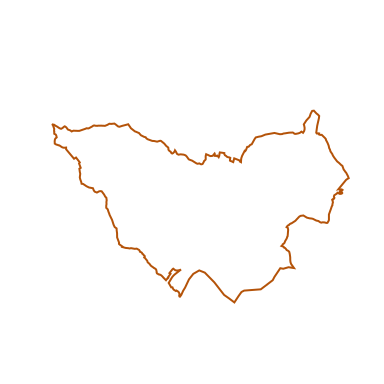 outline of Nasaud, Bistrita-Nasaud, Romania, rotated 282°
{"feature_id": "2599482B93549401170877", "entity_name": "Nasaud", "entity_type": "district", "adm_level": 2, "iso_a3": "ROU", "parent_name": "Romania", "parent_adm1": "Bistrita-Nasaud", "projection": "natural_earth1", "projection_center": [24.415, 47.298], "detail": "fine", "context": "isolated", "style": "outline", "palette": "amber", "viewbox_px": 384, "rotation_deg": 282, "n_neighbors": 0, "source": "geoboundaries", "source_scale": "gbopen_adm2", "svg_char_len": 6049}
<svg xmlns="http://www.w3.org/2000/svg" viewBox="0 0 384 384"><g transform="rotate(282 192 192)"><path d="M292.8,300.6L293.9,299.1L294.7,297.4L296.9,294.3L296.3,292.7L293.3,291.8L289.9,291.4L285.8,289.0L281.4,287.3L280.1,288.0L278.2,288.8L276.6,289.1L274.9,289.0L273.0,288.3L273.8,286.5L273.3,286.0L272.8,285.7L272.1,284.9L271.4,283.7L270.5,281.6L270.3,280.8L270.3,280.2L270.5,279.6L270.9,279.0L271.1,278.2L270.8,276.9L270.2,274.6L268.8,271.0L268.2,269.3L267.4,268.1L266.8,266.0L266.9,260.4L263.4,251.8L261.0,248.3L259.9,245.6L258.6,243.0L256.7,242.2L251.1,240.5L250.2,239.2L248.0,237.9L247.6,236.6L244.4,236.1L243.1,235.6L243.3,235.0L237.8,233.5L235.3,233.2L234.0,233.3L231.4,233.7L231.7,232.7L232.1,232.8L232.7,232.7L232.8,232.2L232.8,231.4L233.0,230.5L233.7,226.3L229.8,226.1L229.9,225.5L230.2,224.6L230.4,223.0L230.6,222.6L231.2,222.5L233.4,222.3L233.6,221.3L233.5,220.3L233.7,218.9L234.3,218.0L234.8,216.6L236.0,215.6L236.8,215.5L236.5,211.0L235.3,210.9L234.0,211.1L232.6,211.1L231.7,210.9L232.1,210.5L232.2,209.3L232.8,209.1L232.2,207.6L232.1,206.8L233.9,206.4L234.3,206.1L231.9,204.8L231.5,204.3L231.0,202.8L231.0,202.2L231.6,199.7L231.7,198.7L231.9,198.0L230.6,197.9L229.4,198.0L227.0,198.6L226.2,198.4L224.8,197.4L223.3,197.1L221.6,196.5L221.1,195.6L221.0,194.8L221.3,193.9L221.5,193.2L220.8,191.7L220.9,190.5L222.7,185.6L223.1,182.8L223.3,182.0L225.6,179.5L226.5,178.1L226.8,176.2L226.5,173.1L225.7,171.0L226.2,169.4L228.2,167.8L229.2,166.7L228.4,166.6L227.5,166.3L226.1,165.4L225.5,164.6L225.9,163.6L226.3,163.3L227.0,162.7L227.3,161.7L228.1,160.5L228.7,160.1L230.2,159.7L230.6,159.4L231.7,157.2L233.6,154.8L235.5,151.1L235.5,150.2L234.0,147.4L234.0,144.3L233.7,142.5L234.4,137.6L235.0,136.2L235.9,135.3L236.0,133.6L236.9,130.2L238.7,127.8L238.7,127.5L239.3,124.6L239.4,123.6L241.7,118.9L242.2,118.5L245.0,115.5L244.1,113.8L242.3,110.2L241.1,108.1L240.7,107.3L240.8,106.0L242.1,103.5L242.8,101.9L241.8,98.8L241.6,97.0L240.0,95.2L238.6,93.1L238.3,91.0L238.2,90.5L237.4,86.4L237.2,86.1L237.0,85.5L236.7,83.5L236.8,82.9L236.7,82.3L236.3,81.6L235.4,80.8L233.0,78.0L232.6,77.3L232.4,75.5L231.8,74.8L228.8,69.8L228.3,68.9L228.0,67.3L227.3,63.2L226.2,61.7L226.9,60.3L227.3,57.6L228.0,56.8L229.1,55.6L229.8,53.9L229.2,53.2L227.6,52.0L226.6,50.8L226.7,49.8L227.0,48.7L227.9,46.5L228.4,44.8L229.1,43.2L229.1,41.7L228.8,41.6L228.5,42.0L227.8,42.5L225.1,44.1L222.9,44.4L222.6,44.7L220.8,45.0L220.2,45.3L220.1,46.0L219.9,46.7L219.5,47.1L218.6,47.7L217.3,48.3L215.8,47.2L214.8,47.0L213.2,47.1L210.8,47.7L210.2,49.3L210.1,51.1L209.9,51.6L210.0,52.6L208.8,55.5L208.6,56.9L208.8,58.1L209.3,59.6L207.6,60.0L200.0,69.7L201.6,71.4L197.6,76.1L196.4,75.6L192.5,78.1L191.4,77.0L188.3,78.1L186.6,78.9L183.0,79.2L181.1,80.1L178.9,81.5L177.1,82.3L177.2,82.9L177.2,83.9L175.7,87.6L175.0,90.3L175.1,94.3L173.0,95.7L172.1,96.8L171.7,99.1L173.4,101.1L173.8,102.2L173.9,103.5L171.2,106.6L169.4,108.1L168.6,109.4L166.1,110.3L165.1,110.3L163.8,110.5L162.4,110.9L161.2,110.9L160.1,111.1L158.7,111.4L157.5,113.2L155.8,114.1L154.2,115.1L153.9,115.4L152.7,116.0L148.1,119.6L143.7,122.1L141.6,123.7L140.7,125.8L138.8,126.3L136.0,127.3L132.0,128.2L127.3,131.2L126.3,131.3L125.8,131.6L124.1,135.5L123.7,135.3L123.5,138.7L123.8,141.3L123.8,142.7L124.4,144.0L124.5,147.8L125.1,149.7L124.3,152.3L123.6,153.1L122.8,153.4L122.7,153.7L122.5,154.8L122.2,155.5L121.8,155.9L121.3,156.2L120.9,157.2L120.6,157.6L120.1,157.9L119.7,158.9L119.2,159.2L118.9,159.2L118.0,158.9L117.8,159.5L117.5,160.0L116.9,160.6L115.6,162.3L115.1,162.7L114.4,163.0L114.0,163.3L113.1,165.0L112.2,166.2L111.6,166.7L111.0,167.8L110.4,169.3L109.7,170.7L109.7,171.2L109.2,172.1L109.0,172.7L108.4,173.2L106.4,174.1L106.0,174.1L105.7,174.3L105.3,174.5L105.0,174.9L104.9,175.5L104.5,176.4L104.4,177.2L104.6,177.5L104.1,179.2L103.0,181.0L102.6,181.4L100.3,184.9L101.2,185.3L103.1,186.6L103.4,186.2L107.5,188.0L108.0,186.8L112.4,189.0L113.1,189.6L112.0,191.9L112.0,193.0L112.1,193.8L112.9,195.9L113.4,196.6L113.2,196.8L108.1,192.5L106.6,191.4L105.7,190.9L104.6,190.3L98.2,188.1L98.0,188.3L94.4,191.5L94.7,192.7L93.4,193.6L92.9,194.1L92.6,194.6L91.8,196.8L92.4,197.3L91.8,198.9L91.2,199.9L89.7,201.0L88.2,201.0L87.7,201.1L87.1,201.6L87.1,202.0L89.1,202.9L93.6,203.9L97.0,205.1L105.9,207.2L112.2,210.3L116.8,215.4L115.8,221.3L108.3,232.6L98.0,244.8L95.7,250.2L92.8,256.4L100.2,259.3L104.5,261.2L106.4,263.5L111.1,279.5L122.5,289.3L126.1,290.3L135.8,294.2L135.9,297.2L138.5,302.1L138.8,307.6L142.1,304.0L143.7,303.0L145.7,302.3L148.7,301.6L151.7,300.5L153.6,299.6L154.4,298.5L154.9,296.7L156.0,295.5L156.6,294.6L156.7,293.7L157.4,293.1L157.8,290.8L158.8,291.5L159.7,291.6L160.5,292.4L161.4,293.0L162.5,293.2L163.3,293.3L165.9,294.2L166.8,294.4L167.8,294.4L168.3,294.7L169.8,294.6L175.1,293.9L176.9,293.1L177.3,291.8L178.1,292.1L179.4,293.0L179.9,293.7L180.8,294.2L181.7,295.1L181.9,295.7L185.3,299.1L187.2,300.2L188.3,300.9L189.2,301.4L190.4,302.2L191.3,303.3L191.7,304.5L192.2,305.8L190.8,309.7L190.7,312.5L190.9,314.3L190.9,315.8L189.9,319.5L189.9,321.7L189.1,323.5L188.9,324.8L189.5,326.0L189.8,327.9L189.7,330.0L190.0,330.9L192.5,331.7L193.3,331.7L198.5,330.6L204.3,331.4L207.0,331.7L208.2,332.1L209.2,331.9L211.2,332.0L211.9,331.6L212.5,331.6L213.2,330.9L213.6,330.7L214.3,331.2L214.6,332.0L215.3,332.4L215.9,332.5L216.6,331.8L218.3,331.8L220.8,334.2L221.5,334.4L220.9,336.8L221.1,338.0L221.4,338.2L221.6,338.7L221.9,339.1L222.2,339.2L222.7,338.9L222.9,338.5L222.7,338.0L222.7,337.4L222.8,336.6L222.9,336.4L223.2,336.4L223.3,336.7L224.0,337.6L224.6,338.3L225.3,338.8L225.7,337.9L225.3,336.6L225.2,336.1L225.4,335.3L225.1,334.6L235.9,340.2L236.9,341.1L238.1,342.4L240.0,341.2L243.0,338.7L243.6,337.8L244.7,336.7L245.5,335.7L247.3,334.6L248.9,333.6L249.3,332.5L251.0,329.8L252.1,327.6L255.2,324.0L257.0,322.2L258.2,321.4L260.5,319.0L262.2,318.1L263.4,317.1L265.8,316.0L268.3,314.3L270.8,312.2L271.5,312.0L272.5,310.8L273.3,309.5L274.0,308.4L274.9,307.0L274.5,305.6L274.7,304.3L275.7,304.2L275.6,303.0L275.1,302.2L275.8,301.2L282.8,300.7L290.7,300.8L292.8,300.6Z" fill="none" stroke="#b45309" stroke-width="2"/></g></svg>